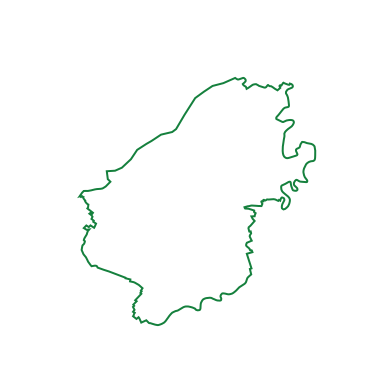 Me Linh, Vĩnh Phúc, Vietnam (orthographic projection), rotated 115°
{"feature_id": "81297802B91668671895601", "entity_name": "Me Linh", "entity_type": "district", "adm_level": 2, "iso_a3": "VNM", "parent_name": "Vietnam", "parent_adm1": "Vĩnh Phúc", "projection": "orthographic", "projection_center": [105.703, 21.181], "detail": "fine", "context": "isolated", "style": "outline", "palette": "green", "viewbox_px": 384, "rotation_deg": 115, "n_neighbors": 0, "source": "geoboundaries", "source_scale": "gbopen_adm2", "svg_char_len": 6003}
<svg xmlns="http://www.w3.org/2000/svg" viewBox="0 0 384 384"><g transform="rotate(115 192 192)"><path d="M84.5,131.2L84.9,132.8L85.8,134.5L87.2,136.5L90.0,138.9L90.3,139.7L90.2,146.1L90.2,146.3L89.8,146.7L89.2,147.0L88.2,147.0L85.7,146.2L78.2,144.4L76.7,143.7L75.9,142.9L74.5,141.0L73.9,140.5L73.0,140.5L72.0,141.0L68.9,142.9L65.8,145.0L64.3,146.5L62.9,148.5L61.6,149.1L60.3,149.0L58.9,148.7L57.7,147.8L56.1,146.3L54.9,145.3L54.3,145.2L53.8,145.2L53.2,145.5L52.6,146.1L52.3,146.9L52.2,147.9L52.4,149.1L53.3,148.9L53.6,149.0L53.8,149.2L54.1,150.4L54.3,152.7L54.4,154.2L54.3,155.3L54.6,155.5L57.8,156.0L58.1,156.2L58.2,156.6L58.0,157.2L59.0,157.5L60.3,156.0L63.7,157.5L63.4,160.5L62.9,163.1L62.7,164.9L63.2,166.2L63.2,167.3L62.9,168.1L63.1,168.5L65.7,169.2L66.5,169.9L66.8,170.7L67.5,176.1L67.3,177.3L67.2,179.5L67.7,180.4L68.3,181.3L69.2,182.3L73.9,185.0L75.4,186.1L74.1,187.3L73.8,187.9L73.6,189.8L73.3,190.7L73.0,191.3L72.7,191.6L70.5,190.7L69.3,190.3L68.7,190.3L68.2,190.5L67.5,191.0L67.1,191.8L66.8,192.8L66.8,193.4L67.1,194.0L70.3,197.3L70.7,198.2L70.7,199.4L70.4,201.1L80.1,209.6L87.2,218.2L95.9,223.5L105.5,228.8L125.1,231.4L141.7,233.0L146.0,235.3L153.1,244.3L162.9,250.3L167.6,253.6L177.0,259.5L188.1,261.2L199.6,265.8L205.2,270.7L209.2,278.0L216.0,273.7L216.3,272.6L217.2,270.3L223.4,272.5L225.3,273.7L226.6,274.6L227.7,276.1L229.6,279.5L230.7,281.1L233.2,284.2L234.9,286.6L236.8,290.5L239.1,291.3L243.3,292.0L243.1,291.8L243.3,291.5L243.5,290.5L242.3,289.9L242.2,289.6L242.5,288.9L242.5,288.3L243.0,288.4L243.7,287.6L244.9,285.2L245.2,285.3L246.0,284.3L246.6,283.2L247.2,281.4L247.2,280.6L249.9,279.7L251.1,279.9L252.7,273.0L254.7,273.4L254.2,275.4L255.0,275.8L255.4,274.0L255.6,273.4L256.1,272.3L256.5,271.7L258.9,271.7L259.5,268.9L260.7,268.9L261.2,265.6L264.6,265.5L265.8,265.6L265.2,269.9L267.4,270.7L267.0,273.6L270.4,274.8L270.8,271.5L269.4,269.3L270.2,269.5L271.1,269.9L273.6,269.7L274.5,269.5L275.4,269.5L278.8,269.9L280.2,269.9L281.4,269.7L281.5,269.5L281.7,268.7L281.9,268.3L282.3,268.1L284.2,267.9L284.8,268.0L285.2,268.1L286.4,268.6L287.2,268.6L289.5,268.0L290.1,267.8L290.7,267.7L291.3,267.4L294.3,264.0L296.0,260.5L298.2,257.7L299.0,256.8L300.9,253.4L301.7,251.7L299.8,248.9L299.4,247.8L299.5,246.7L300.4,245.6L299.8,239.1L299.1,233.6L297.8,216.0L298.3,215.8L297.3,210.9L299.2,210.4L298.4,206.9L298.3,205.7L298.7,201.0L300.1,196.2L303.1,196.6L303.3,195.7L305.3,196.1L305.7,194.9L314.1,197.7L314.4,196.0L318.9,197.6L319.6,196.3L321.1,196.9L323.1,194.3L325.5,194.8L325.7,192.8L327.0,193.0L327.8,192.9L328.4,192.7L329.5,192.9L330.5,188.7L328.1,187.5L328.7,186.4L331.8,182.8L327.6,179.2L328.9,175.7L328.8,175.0L328.5,174.4L328.2,172.1L327.8,169.4L327.2,167.0L326.7,166.1L325.1,164.4L324.1,163.5L322.3,162.2L321.1,161.7L319.8,161.3L318.1,161.0L315.6,160.5L314.3,160.3L312.7,159.9L311.0,159.4L309.7,158.9L307.7,157.3L306.8,156.5L305.9,155.3L305.3,154.7L300.0,151.1L299.1,150.2L298.4,149.3L298.0,148.4L297.4,147.2L297.1,146.0L296.8,144.6L296.5,142.8L296.4,140.2L296.5,139.6L296.8,139.4L297.0,138.8L297.1,138.2L296.8,136.8L296.3,136.0L295.8,135.3L295.2,135.0L294.8,135.0L293.8,135.2L290.8,136.4L289.3,136.9L288.3,137.0L286.3,136.9L285.2,136.7L284.5,136.4L283.3,135.5L282.2,134.3L280.3,131.2L279.9,130.0L279.8,129.3L279.9,128.4L279.8,126.3L279.8,124.7L279.6,123.2L278.6,120.7L278.0,120.1L277.5,120.0L276.3,120.4L275.8,120.8L275.0,121.8L274.2,122.2L273.0,122.3L271.5,121.9L271.0,121.5L270.6,120.7L270.1,119.1L269.6,116.6L269.2,115.4L268.4,114.2L267.2,112.8L266.1,112.0L264.6,111.2L262.6,110.3L260.5,109.6L258.4,108.9L253.1,105.6L252.1,105.2L251.0,105.0L249.8,105.1L247.5,105.4L246.1,105.4L243.4,104.3L241.7,103.5L237.3,107.0L236.1,105.8L225.7,115.4L224.8,116.2L221.0,111.8L219.7,113.1L219.7,113.5L220.1,114.3L220.2,114.7L219.9,115.1L219.3,115.6L219.0,116.4L218.6,117.2L218.5,118.1L218.0,119.7L217.6,120.3L217.0,120.6L216.4,120.8L214.8,120.8L210.9,117.3L209.3,119.3L207.9,120.9L207.5,121.1L206.0,121.2L204.6,120.9L204.1,121.2L202.9,122.2L203.7,123.2L203.4,123.6L201.0,125.5L200.0,125.7L197.7,124.7L191.8,123.0L190.6,125.8L189.0,127.8L187.5,125.0L187.0,125.2L184.3,125.4L184.1,127.0L183.7,127.4L182.9,127.5L182.5,127.8L182.9,131.0L183.3,133.8L184.5,136.8L184.3,137.3L183.6,138.0L181.4,135.5L180.4,133.9L179.8,133.3L179.0,132.1L177.5,128.3L176.6,125.9L175.4,123.1L173.0,123.2L171.8,124.8L171.3,125.1L170.8,124.8L170.5,124.4L170.3,123.5L169.0,123.9L168.8,123.7L168.7,123.4L168.8,122.7L168.9,122.2L167.9,121.3L167.1,120.9L166.3,119.1L164.0,115.0L163.6,113.4L163.6,110.1L162.4,109.8L162.6,108.4L160.3,108.7L159.1,108.3L158.8,107.7L158.8,106.2L159.5,105.3L160.6,104.8L164.5,105.0L166.1,104.8L167.6,104.3L168.7,103.6L169.0,102.7L169.1,101.7L167.9,100.4L166.0,99.5L164.2,98.9L161.6,98.9L159.5,99.3L157.8,99.9L156.9,100.6L156.2,101.5L155.5,103.0L154.5,106.9L153.8,109.4L153.1,110.8L151.9,112.1L150.2,113.1L149.3,113.5L148.7,113.5L148.1,113.3L145.1,110.8L142.1,108.7L141.5,108.0L141.3,107.6L141.3,107.1L141.8,106.5L142.8,105.9L144.6,104.6L147.3,101.9L147.7,101.2L147.6,100.0L147.0,98.3L146.4,97.7L145.6,97.4L144.9,97.6L144.1,98.3L143.3,100.4L142.9,101.8L142.3,102.7L141.1,103.3L140.3,103.5L138.6,103.4L137.5,103.0L137.0,102.7L136.8,102.3L136.7,101.7L136.9,99.7L136.9,98.6L136.6,97.6L134.8,92.7L134.4,92.1L133.9,92.0L133.2,92.2L132.5,93.0L130.9,96.0L129.5,97.5L127.3,99.2L126.3,99.7L125.0,100.1L123.3,100.4L118.6,100.3L116.9,99.7L115.2,98.6L113.9,97.2L112.7,95.3L111.9,94.7L110.8,94.4L109.2,94.8L106.8,95.8L102.4,97.8L98.9,100.2L98.4,101.2L98.0,102.5L98.0,104.2L99.1,108.5L99.3,111.0L99.9,113.0L100.2,113.4L103.0,113.8L105.2,113.4L106.2,113.4L107.2,114.1L108.5,115.2L109.4,115.6L110.1,115.5L111.1,114.8L112.9,112.7L113.5,112.3L114.3,112.4L115.1,113.1L117.5,115.7L120.2,118.7L121.0,119.8L121.3,120.6L121.4,121.5L121.2,122.7L120.9,123.5L120.0,124.7L118.6,125.9L116.4,127.2L112.4,128.9L105.4,131.0L103.0,131.6L102.1,131.9L100.0,133.0L98.2,133.0L96.5,132.5L94.4,131.6L90.4,129.4L88.8,129.0L87.2,128.9L86.1,129.0L85.1,129.6L84.6,130.4L84.5,131.2Z" fill="none" stroke="#15803d" stroke-width="2"/></g></svg>